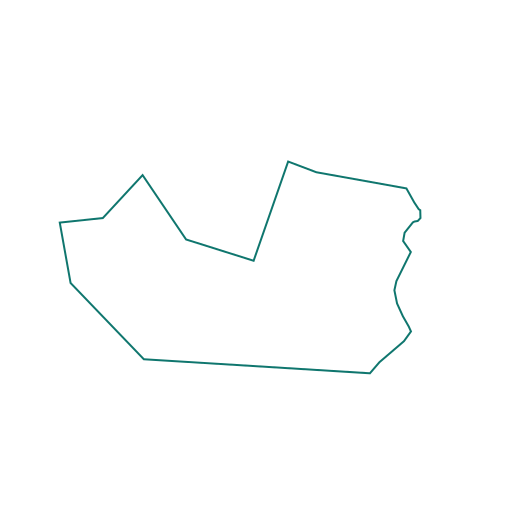 outline of Santiago, rotated 133°
{"feature_id": "PHL-5537", "entity_name": "Santiago", "entity_type": "Independent Component City", "adm_level": 1, "iso_a3": "PHL", "parent_name": "Philippines", "parent_adm1": "", "projection": "equal_earth", "projection_center": [121.429, 16.722], "detail": "fine", "context": "isolated", "style": "outline", "palette": "teal", "viewbox_px": 512, "rotation_deg": 133, "n_neighbors": 0, "source": "natural_earth", "source_scale": "10m", "svg_char_len": 521}
<svg xmlns="http://www.w3.org/2000/svg" viewBox="0 0 512 512"><g transform="rotate(133 256 256)"><path d="M365.4,422.3L332.7,393.9L274.2,394.1L291.6,318.4L261.1,254.5L165.0,296.9L153.6,269.0L104.0,192.1L108.9,176.8L110.8,168.9L110.5,167.1L116.1,161.6L120.1,161.6L122.7,163.6L124.4,164.2L137.6,163.2L144.7,158.6L147.5,145.5L178.6,136.2L186.7,131.4L194.5,120.5L199.9,107.5L203.4,96.2L205.5,91.2L217.4,89.7L249.5,93.3L264.1,92.7L408.0,267.6L402.2,373.2L365.4,422.3Z" fill="none" stroke="#0f766e" stroke-width="2"/></g></svg>